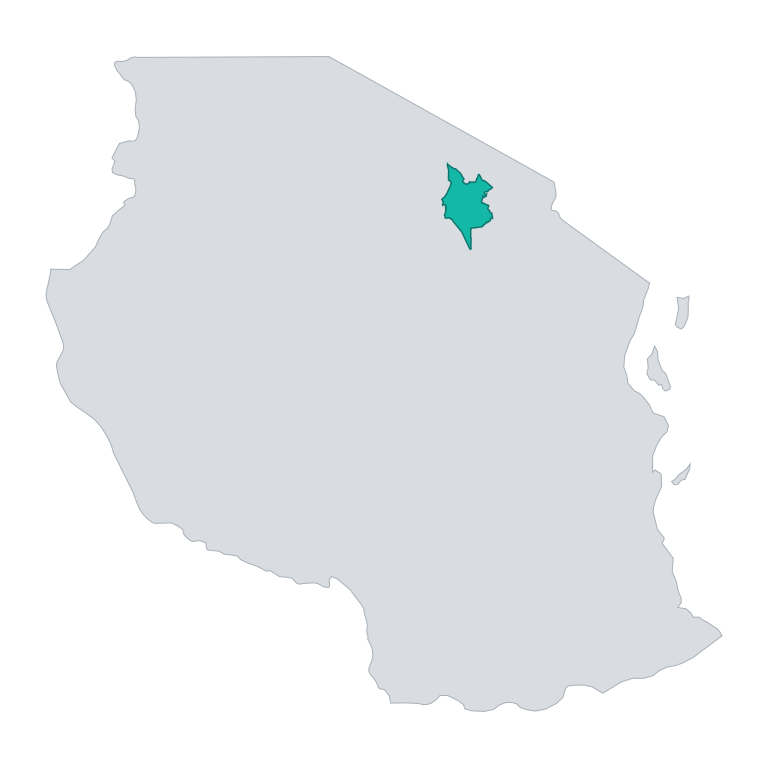 Monduli, Arusha, United Republic of Tanzania (highlighted)
{"feature_id": "72390352B11439822404473", "entity_name": "Monduli", "entity_type": "district", "adm_level": 2, "iso_a3": "TZA", "parent_name": "United Republic of Tanzania", "parent_adm1": "Arusha", "projection": "orthographic", "projection_center": [36.288, -3.452], "detail": "fine", "context": "in_parent", "style": "filled", "palette": "teal", "viewbox_px": 768, "rotation_deg": 0, "n_neighbors": 0, "source": "geoboundaries", "source_scale": "gbopen_adm2", "svg_char_len": 8776}
<svg xmlns="http://www.w3.org/2000/svg" viewBox="0 0 768 768"><path d="M266.8,571.3L256.9,566.2L248.0,563.1L240.6,559.6L237.3,556.1L230.4,554.9L224.5,554.3L218.9,551.2L207.6,550.0L206.3,547.9L206.1,543.2L204.1,542.0L200.0,540.8L195.6,540.9L192.9,541.6L191.3,541.2L187.6,538.5L184.1,535.0L182.7,529.4L177.5,525.8L171.5,522.9L155.0,523.3L152.4,522.5L148.4,519.6L143.7,514.9L139.9,509.6L136.6,502.3L133.1,492.4L113.6,453.2L111.5,445.8L107.7,437.5L101.5,427.4L94.9,419.9L86.1,413.1L76.1,406.4L70.7,401.9L60.3,383.4L58.1,374.7L56.4,365.7L57.0,362.1L63.2,350.4L63.8,347.1L63.0,342.7L59.7,333.5L55.6,322.3L47.3,301.9L46.1,296.8L46.2,292.9L50.7,272.1L50.6,269.2L69.7,269.5L83.6,260.3L95.6,246.6L98.0,240.9L102.9,232.1L107.8,227.8L109.6,224.8L112.3,216.0L118.7,210.1L124.9,205.5L123.6,202.3L124.5,201.2L127.9,198.8L134.5,196.6L135.7,192.1L135.7,186.9L134.6,184.1L134.8,180.7L133.8,178.9L129.4,178.4L123.0,175.9L117.6,174.9L113.9,173.4L112.6,172.3L112.0,169.2L115.0,161.2L112.0,158.0L118.6,144.7L119.8,143.1L122.2,142.9L126.1,141.5L129.6,140.8L132.5,141.3L134.6,140.7L136.5,139.3L138.1,134.8L139.4,127.3L138.7,121.2L135.9,116.5L135.1,109.4L136.3,99.7L135.4,91.7L132.3,85.4L129.2,81.6L124.4,79.8L116.8,70.1L114.5,65.4L114.9,62.5L117.5,61.2L122.3,61.6L126.8,60.4L131.0,57.7L135.1,56.9L137.3,57.4L329.0,56.6L553.4,181.7L554.4,183.2L556.1,194.0L555.7,197.6L552.3,203.9L551.2,207.1L551.2,209.4L552.0,210.3L555.0,210.6L557.5,212.1L558.4,213.2L560.3,217.9L562.7,220.3L647.7,281.9L649.6,282.9L648.4,288.0L643.5,300.5L643.2,305.7L641.3,311.8L639.5,315.9L634.5,333.4L630.4,340.0L624.7,355.4L623.8,367.2L626.8,375.5L627.9,383.2L634.4,390.8L639.6,393.5L643.2,397.0L649.4,404.9L652.9,412.9L664.1,416.8L668.5,425.7L666.9,431.8L661.6,436.9L656.7,445.1L652.7,455.9L652.5,472.4L655.1,469.9L661.1,473.9L661.7,486.1L655.5,500.2L653.6,506.8L653.2,512.5L657.5,529.4L664.2,538.0L663.6,540.7L661.9,543.0L673.2,558.2L672.2,571.5L676.4,581.8L678.1,590.7L680.9,597.6L681.4,602.3L677.8,607.5L686.1,608.8L691.0,613.1L693.3,617.2L699.3,617.1L702.5,619.9L707.2,622.2L717.5,629.1L720.3,632.6L721.9,635.9L693.1,657.5L682.7,663.0L675.3,665.6L667.4,667.0L659.9,670.3L652.8,675.7L643.7,678.3L632.7,678.3L621.1,682.0L602.8,693.2L592.3,687.0L583.9,685.0L574.4,685.2L568.5,685.9L566.4,687.3L564.6,691.0L563.0,697.3L556.7,703.3L545.7,709.0L535.5,711.1L526.3,709.6L520.0,707.3L516.7,703.9L511.9,702.4L505.5,702.6L499.4,705.0L493.6,709.5L484.3,711.4L471.5,710.8L464.6,708.7L463.7,704.9L458.1,700.6L447.8,695.6L440.2,695.4L435.4,700.3L431.0,703.3L427.0,704.5L423.4,704.7L418.2,703.4L404.0,702.9L390.6,703.1L389.3,696.1L386.5,691.9L384.0,689.4L379.4,688.8L378.1,686.8L376.5,682.5L374.2,678.8L371.2,675.7L369.4,672.9L368.7,670.3L369.2,667.4L372.0,660.3L372.8,655.4L372.5,650.4L370.9,645.3L367.7,639.1L368.1,637.4L367.0,633.2L366.8,630.3L367.4,626.7L366.8,621.9L364.0,611.6L364.0,609.0L361.0,604.1L352.0,592.4L351.6,590.9L337.5,579.1L331.9,576.5L329.8,578.7L329.1,580.8L329.7,584.6L329.4,586.4L328.8,587.3L325.5,587.2L323.4,586.7L318.0,583.6L313.9,582.8L303.6,583.4L300.0,584.2L297.2,583.5L291.7,578.1L285.3,577.0L279.6,576.7L270.1,570.6L266.8,571.3ZM665.9,373.7L670.4,386.8L669.8,389.2L666.5,390.7L664.8,390.8L662.8,388.7L661.4,384.3L658.9,385.4L654.6,380.1L650.4,379.8L646.8,373.5L648.2,368.1L647.4,358.7L652.0,354.0L654.6,346.0L657.5,351.5L658.1,360.0L662.0,370.1L665.9,373.7ZM688.8,296.1L689.1,299.2L688.2,302.1L688.3,311.4L687.9,317.5L684.4,326.0L681.5,329.0L679.0,328.1L676.9,326.7L675.3,324.4L678.7,308.8L677.1,297.3L683.6,298.5L688.8,296.1ZM678.1,484.1L674.8,484.8L673.6,484.1L671.6,481.5L675.1,479.4L678.5,475.1L686.5,469.0L690.2,464.0L689.6,468.9L685.0,479.4L681.2,480.1L678.1,484.1Z" fill="#d9dde1" stroke="#a8b0b8" stroke-width="1"/><path d="M492.4,187.5L491.5,186.7L491.1,186.4L490.6,185.9L486.7,182.5L485.2,181.3L484.5,180.8L483.4,180.5L482.8,180.6L482.0,179.8L481.3,178.9L481.1,177.9L479.4,174.8L479.3,174.6L478.9,174.7L478.5,174.6L478.1,175.8L478.0,176.1L477.7,177.1L476.9,178.8L476.7,178.9L476.3,180.0L475.7,181.7L475.5,181.8L475.4,181.9L475.1,181.9L474.6,182.4L474.2,182.4L473.8,182.2L473.7,182.1L473.4,182.2L472.9,182.2L472.5,182.2L471.8,182.0L471.7,182.0L471.1,182.1L470.8,182.1L470.6,182.2L470.4,182.2L470.2,182.3L470.1,182.2L470.0,182.3L469.9,182.2L469.9,182.3L469.7,182.3L469.8,182.5L469.6,182.5L469.4,182.7L469.2,182.8L469.1,183.0L468.9,183.1L468.6,183.2L468.4,183.4L468.4,183.5L468.2,183.6L467.5,183.9L467.2,184.2L466.8,184.1L466.6,184.1L466.4,184.2L466.3,184.3L466.0,184.2L465.7,183.9L465.2,183.8L465.1,183.5L465.0,183.4L464.8,183.2L464.6,183.2L464.3,183.2L464.2,183.3L463.7,182.8L463.2,182.2L462.5,181.1L463.9,179.3L463.9,179.1L463.9,178.9L463.5,178.3L462.8,177.3L462.5,176.8L461.9,175.9L461.7,175.3L461.6,174.9L460.9,174.0L460.1,172.9L459.3,172.1L458.5,171.5L458.0,171.2L457.8,171.0L456.7,169.8L456.2,169.3L455.9,169.2L455.7,168.9L455.3,168.8L455.2,168.9L454.8,169.0L454.6,169.0L454.0,168.7L453.8,168.5L453.7,168.4L453.1,168.2L452.9,168.0L452.7,168.0L449.4,165.6L448.6,165.0L447.8,164.3L447.5,163.9L447.4,164.5L447.4,164.8L447.5,166.3L448.0,167.5L448.3,169.1L448.6,169.8L448.6,170.0L448.6,170.6L448.7,171.3L448.6,171.6L448.6,172.7L448.6,174.5L448.6,175.2L448.5,176.1L448.5,180.0L449.4,180.2L449.7,180.4L449.6,180.7L449.8,180.7L451.0,181.8L451.2,183.1L451.3,183.4L451.1,183.4L450.8,183.9L450.8,184.9L447.5,192.1L446.7,193.9L445.8,194.8L445.5,195.8L444.5,196.8L443.7,197.8L443.3,198.0L442.5,198.7L441.8,199.6L442.7,200.5L442.7,201.6L443.2,202.6L443.3,203.0L443.3,203.3L443.2,203.5L442.7,204.1L442.6,204.3L442.5,204.6L442.6,204.9L442.7,204.7L442.9,204.6L443.0,204.6L444.3,204.9L444.7,204.9L444.9,204.8L445.1,204.8L445.1,205.1L445.4,205.2L445.5,205.3L445.5,205.5L445.8,205.7L445.7,206.2L446.0,206.5L446.1,206.9L446.0,207.2L445.8,207.6L445.9,207.8L445.7,207.8L445.8,208.0L445.7,208.1L445.7,208.4L445.9,208.4L446.0,208.4L445.9,208.6L445.9,209.2L445.7,209.5L445.6,209.9L445.7,210.5L445.8,210.9L445.9,211.5L445.7,211.9L445.7,212.2L445.1,213.2L445.0,213.7L444.8,214.0L444.6,214.7L444.5,215.0L444.5,215.5L444.8,215.8L445.0,216.0L445.0,216.4L445.0,217.0L445.4,218.0L445.5,218.2L447.3,218.0L448.1,218.0L448.7,217.9L449.2,217.8L450.5,218.6L450.6,218.8L450.9,219.1L451.3,219.1L451.6,218.9L451.8,219.3L452.4,220.1L452.8,220.9L461.8,232.0L464.1,236.9L465.3,239.4L468.4,245.9L470.0,249.2L471.0,248.9L471.0,248.3L470.9,247.7L471.0,246.8L470.9,246.1L470.8,245.3L471.0,244.6L470.9,242.5L471.0,241.7L471.0,240.6L471.0,240.1L471.1,239.9L471.0,238.7L471.1,238.3L471.0,237.7L470.7,236.8L470.7,236.5L470.7,235.9L470.7,235.1L470.8,233.8L470.7,232.6L470.6,232.0L470.6,231.4L470.9,230.4L470.9,230.2L470.9,229.7L471.0,229.1L471.0,228.1L471.8,228.0L472.4,228.0L472.7,227.9L473.7,227.9L475.2,227.7L475.7,227.7L476.0,227.7L476.3,227.6L476.8,227.6L478.6,227.1L479.1,227.1L480.2,227.0L482.2,226.6L482.3,226.5L482.4,226.4L482.5,226.4L482.8,226.3L482.8,226.1L482.7,226.0L483.0,225.5L483.3,225.3L483.4,225.1L483.6,225.0L483.9,224.8L484.2,224.4L484.3,224.3L484.5,224.3L484.8,224.2L485.1,224.0L485.2,223.8L485.3,223.7L485.6,223.5L485.7,223.3L485.6,223.1L485.9,223.0L485.9,222.9L486.2,222.8L486.2,222.7L486.3,222.5L486.4,222.3L486.6,222.3L486.9,222.4L487.1,222.6L487.3,222.6L487.5,222.3L487.8,222.4L488.1,222.1L488.3,221.7L488.6,221.4L488.8,221.3L489.0,221.2L489.3,221.1L489.5,221.1L489.8,221.0L489.8,220.9L490.0,220.7L490.2,220.4L490.2,220.2L490.3,220.1L490.5,220.0L490.5,219.9L490.7,219.4L490.7,219.2L490.5,218.6L490.9,218.3L491.2,218.2L491.3,218.2L491.5,218.1L491.6,217.9L491.6,217.7L492.2,217.6L492.4,217.7L492.4,217.8L492.5,217.9L492.4,216.5L492.1,215.6L491.9,214.0L491.9,213.3L491.8,213.2L491.6,213.3L491.3,213.2L490.5,212.7L490.1,212.4L489.9,212.2L489.8,211.9L489.8,211.0L489.5,210.8L489.4,210.8L489.3,210.7L489.1,210.5L488.7,209.9L488.4,209.6L487.7,208.5L487.7,208.3L488.0,207.7L488.3,206.9L488.6,206.4L488.7,206.1L488.7,205.7L488.5,205.4L488.1,205.3L488.1,205.2L487.5,204.9L487.4,204.9L487.2,204.9L486.8,204.8L486.6,204.7L486.1,204.6L485.3,204.1L484.7,203.9L484.6,203.6L484.4,203.5L484.2,203.5L483.8,203.4L483.6,203.3L483.3,203.3L483.0,203.1L482.9,203.2L482.6,203.0L482.3,202.9L481.9,202.9L481.6,202.7L481.5,201.9L481.5,201.4L481.7,201.1L481.6,200.8L481.9,200.6L481.9,200.4L481.9,200.2L482.1,199.9L482.2,199.6L482.1,199.4L482.2,198.8L482.2,198.5L482.2,198.4L482.3,198.2L482.6,198.0L483.7,197.6L483.3,197.4L483.0,196.8L482.8,196.0L483.2,196.2L483.5,196.2L483.8,196.2L485.4,196.3L485.6,196.4L485.9,196.4L486.0,196.2L486.3,196.0L486.2,195.5L486.2,195.1L486.4,194.7L486.7,194.2L486.2,194.1L485.3,194.0L485.0,193.9L484.6,193.6L484.4,193.4L484.4,193.1L484.6,191.9L485.6,191.7L486.4,191.8L486.7,191.7L486.8,191.7L487.6,191.7L487.7,191.3L487.7,191.1L488.0,191.1L488.2,190.9L488.2,190.6L488.3,190.4L488.4,190.2L488.9,189.9L489.7,189.6L490.3,189.1L491.0,188.8L491.6,188.4L492.4,187.5Z" fill="#14b8a6" stroke="#0f766e" stroke-width="1.5"/></svg>